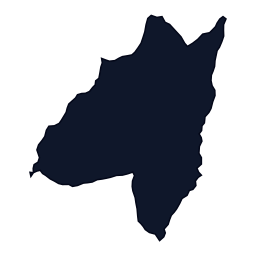 the district of Clementina, São Paulo, Brazil
{"feature_id": "56859067B82643318735521", "entity_name": "Clementina", "entity_type": "district", "adm_level": 2, "iso_a3": "BRA", "parent_name": "Brazil", "parent_adm1": "São Paulo", "projection": "robinson", "projection_center": [-50.464, -21.574], "detail": "fine", "context": "isolated", "style": "filled", "palette": "ink", "viewbox_px": 256, "rotation_deg": 0, "n_neighbors": 0, "source": "geoboundaries", "source_scale": "gbopen_adm2", "svg_char_len": 1883}
<svg xmlns="http://www.w3.org/2000/svg" viewBox="0 0 256 256"><path d="M101.6,58.4L102.3,62.9L100.9,67.0L99.8,73.6L98.9,78.3L95.7,80.8L95.2,84.9L92.7,87.4L89.5,91.5L85.5,93.3L81.7,93.5L77.5,94.7L75.6,97.9L72.0,101.1L68.8,104.0L67.2,108.2L66.2,112.3L63.6,116.6L61.5,120.1L59.2,123.4L54.3,125.8L48.9,126.2L46.4,130.2L44.8,136.5L41.9,140.7L38.6,144.8L36.9,149.9L38.2,153.7L39.5,157.6L38.0,162.2L34.1,164.6L33.2,168.4L33.4,172.7L36.8,171.1L40.2,170.3L42.6,173.5L45.7,175.4L50.2,178.9L54.3,181.0L58.6,183.5L62.6,184.5L68.8,184.4L72.5,186.4L77.5,185.5L83.4,183.1L87.7,182.7L92.3,182.0L97.1,179.7L102.3,179.0L105.9,178.3L110.5,177.3L116.5,175.4L122.6,175.1L127.7,173.8L132.8,172.1L134.5,175.6L132.5,181.0L132.2,186.5L132.9,190.9L135.2,197.7L136.0,203.2L137.1,208.8L137.7,215.9L138.3,221.1L140.9,223.6L143.2,226.4L145.3,229.6L149.4,232.5L155.3,234.1L159.6,240.6L163.8,236.8L165.3,232.9L164.0,229.1L168.1,224.4L169.6,219.6L171.3,215.3L174.3,212.0L176.7,208.7L179.7,203.4L182.0,198.5L187.1,195.3L189.3,190.5L192.9,189.4L195.9,185.6L195.4,181.0L198.2,177.3L201.4,175.2L198.7,172.3L196.9,168.2L201.4,164.1L201.4,157.6L198.9,153.3L199.4,146.4L201.9,141.2L201.2,137.5L199.1,133.9L201.6,130.6L202.0,125.8L204.4,122.9L205.0,116.8L208.9,112.4L211.0,108.5L212.7,101.8L215.0,95.6L214.8,90.2L212.1,85.7L211.0,80.6L211.4,75.0L213.0,71.2L214.6,66.4L215.0,60.6L217.1,50.6L219.4,47.3L221.8,41.7L223.7,36.1L223.5,30.4L223.6,24.6L226.0,18.9L223.0,16.6L219.8,19.0L217.1,23.1L215.5,26.7L212.3,30.0L209.6,32.7L202.7,34.1L197.8,39.3L192.6,43.3L187.4,46.4L184.7,43.3L181.0,36.8L176.2,31.6L169.6,24.4L165.1,22.3L162.0,16.6L156.9,17.4L151.2,15.4L147.8,18.4L146.1,24.6L144.8,31.9L143.0,37.6L141.1,43.2L138.0,47.9L134.9,52.2L131.9,54.9L127.9,55.7L122.4,56.6L119.0,58.2L114.9,60.6L109.4,61.2L105.8,60.0L101.6,58.4ZM33.4,172.7L30.0,172.3L30.9,176.4L33.4,172.7Z" fill="#0f172a" stroke="#020617" stroke-width="1.5"/></svg>